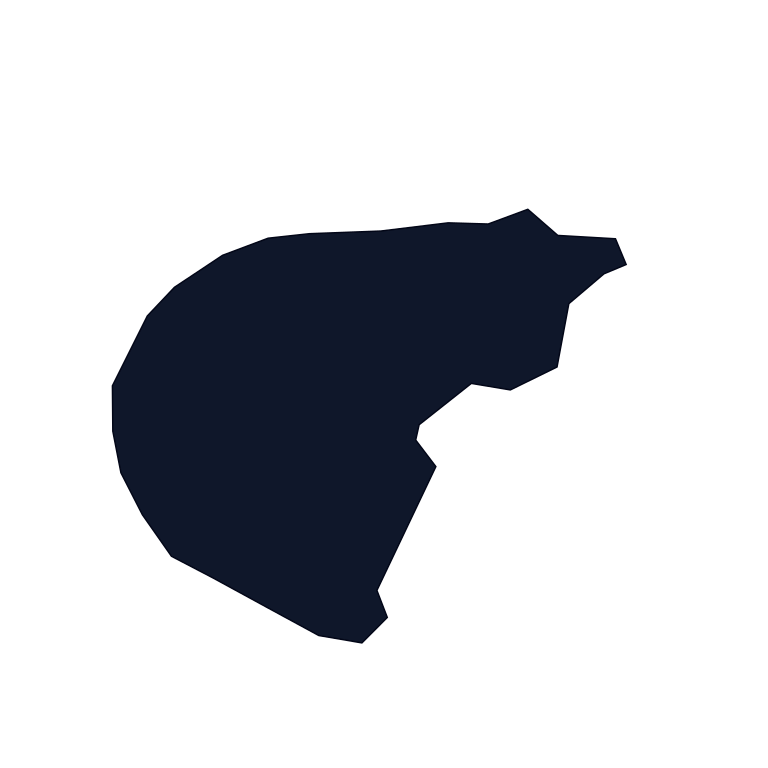 the Unitary Authority of Swindon, rotated 55°
{"feature_id": "GBR-2756", "entity_name": "Swindon", "entity_type": "Unitary Authority", "adm_level": 1, "iso_a3": "GBR", "parent_name": "United Kingdom", "parent_adm1": "", "projection": "albers", "projection_center": [-1.714, 51.571], "detail": "fine", "context": "isolated", "style": "filled", "palette": "ink", "viewbox_px": 768, "rotation_deg": 55, "n_neighbors": 0, "source": "natural_earth", "source_scale": "10m", "svg_char_len": 554}
<svg xmlns="http://www.w3.org/2000/svg" viewBox="0 0 768 768"><g transform="rotate(55 384 384)"><path d="M397.8,111.1L425.0,117.1L419.9,140.6L424.2,186.5L469.3,232.5L461.3,283.9L433.6,312.1L437.5,378.6L448.1,390.2L481.4,388.9L549.0,508.2L577.1,515.2L583.4,550.6L552.6,581.7L500.6,607.6L444.6,635.4L403.2,656.9L352.5,656.9L305.8,650.4L267.1,633.2L229.7,607.5L192.5,538.8L184.6,500.2L186.0,442.4L198.1,395.3L218.1,358.9L256.8,299.0L288.8,239.0L312.7,206.9L323.4,166.0L362.0,156.4L397.8,111.1Z" fill="#0f172a" stroke="#020617" stroke-width="1.5"/></g></svg>